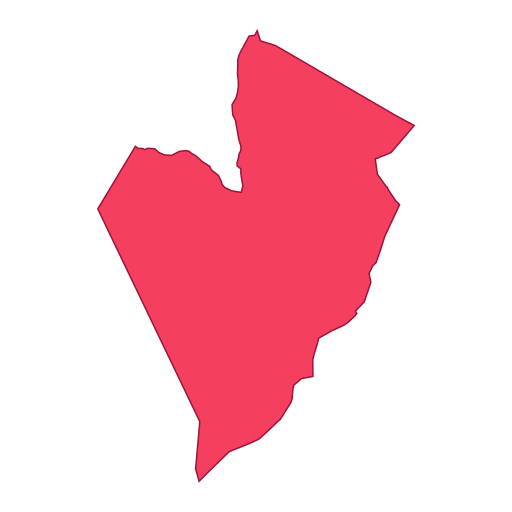 San Antonio Sinicahua, Oaxaca, Mexico
{"feature_id": "50627088B26759671205553", "entity_name": "San Antonio Sinicahua", "entity_type": "district", "adm_level": 2, "iso_a3": "MEX", "parent_name": "Mexico", "parent_adm1": "Oaxaca", "projection": "robinson", "projection_center": [-97.572, 17.151], "detail": "fine", "context": "isolated", "style": "filled", "palette": "rose", "viewbox_px": 512, "rotation_deg": 0, "n_neighbors": 0, "source": "geoboundaries", "source_scale": "gbopen_adm2", "svg_char_len": 1578}
<svg xmlns="http://www.w3.org/2000/svg" viewBox="0 0 512 512"><path d="M291.0,402.3L292.2,398.4L293.0,388.2L293.9,385.1L301.4,378.6L313.0,376.4L312.7,359.9L314.1,354.3L318.2,340.7L318.5,338.3L331.8,330.8L343.1,325.6L347.3,322.9L354.6,316.3L356.8,313.4L355.4,311.1L359.2,307.1L359.9,306.4L364.3,301.8L370.5,283.4L370.8,281.6L369.0,273.6L372.7,265.9L374.9,263.7L375.3,263.4L376.1,262.6L380.5,249.9L384.8,236.3L399.6,204.7L395.4,200.4L388.2,189.5L387.2,187.1L386.3,186.7L377.4,174.2L375.2,158.6L377.6,158.2L380.8,156.7L385.3,155.0L391.1,152.5L414.2,125.5L393.9,114.5L275.6,45.6L260.4,40.8L257.2,30.7L257.0,31.0L254.9,35.2L249.0,36.1L243.0,47.5L241.2,50.4L238.7,56.0L237.8,60.1L237.8,64.7L237.7,68.5L237.5,74.2L238.2,79.9L238.4,86.0L237.4,93.1L236.0,98.1L234.2,101.1L232.1,104.4L232.3,109.3L232.8,114.9L232.9,115.3L235.4,120.1L236.2,124.8L237.6,132.3L238.7,139.0L241.0,146.5L240.8,150.4L239.1,154.0L238.2,159.1L237.0,162.7L237.3,166.2L240.8,168.8L240.9,173.9L241.4,177.5L242.8,185.8L241.3,192.3L237.6,191.8L231.7,190.8L224.7,187.5L222.1,184.4L221.2,181.1L218.2,175.2L215.2,172.9L211.4,169.9L209.7,166.3L202.5,161.8L198.6,158.2L195.4,155.5L191.3,153.2L188.9,151.1L185.6,150.6L179.3,151.4L171.6,155.4L164.4,154.9L158.8,152.5L155.3,149.1L152.0,148.5L147.6,148.3L145.0,149.6L142.0,148.4L138.1,148.4L135.4,146.3L115.7,179.1L97.8,208.9L124.8,265.3L199.8,421.6L195.6,468.9L199.1,481.3L208.2,472.1L229.3,451.6L232.5,450.3L240.4,447.1L252.2,442.3L255.7,440.6L259.5,438.7L266.3,432.5L276.8,422.4L280.3,419.3L283.5,414.3L291.0,402.3Z" fill="#f43f5e" stroke="#9f1239" stroke-width="1.5"/></svg>